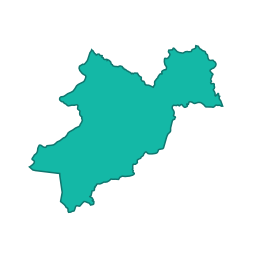 Song Hinh, Phú Yên, Vietnam, rotated 283°
{"feature_id": "81297802B28811761284346", "entity_name": "Song Hinh", "entity_type": "district", "adm_level": 2, "iso_a3": "VNM", "parent_name": "Vietnam", "parent_adm1": "Phú Yên", "projection": "albers", "projection_center": [108.948, 12.905], "detail": "fine", "context": "isolated", "style": "filled", "palette": "teal", "viewbox_px": 256, "rotation_deg": 283, "n_neighbors": 0, "source": "geoboundaries", "source_scale": "gbopen_adm2", "svg_char_len": 5865}
<svg xmlns="http://www.w3.org/2000/svg" viewBox="0 0 256 256"><g transform="rotate(283 128 128)"><path d="M48.6,111.3L48.9,109.8L49.2,109.6L50.0,110.4L51.8,108.8L52.4,107.1L52.4,106.5L52.7,106.2L53.2,106.7L54.4,107.3L55.9,107.1L56.7,107.3L58.1,107.0L58.5,107.1L59.4,108.9L60.1,109.2L61.9,108.8L62.6,109.3L63.2,108.9L64.7,110.0L66.0,110.1L66.4,110.5L66.9,111.7L67.2,113.2L68.2,114.8L69.8,116.5L70.2,118.3L70.9,119.9L72.5,121.6L74.4,122.9L74.6,124.7L75.3,127.3L75.8,130.4L78.0,131.1L79.8,133.2L80.1,136.1L81.5,140.3L83.1,143.1L84.1,144.1L84.8,144.4L85.2,144.3L85.6,143.8L85.9,142.9L86.3,142.7L87.7,142.7L88.7,141.6L89.2,141.6L89.8,141.8L91.6,141.2L93.3,141.1L93.9,141.4L94.3,143.3L95.7,144.6L96.5,144.9L97.8,144.4L99.1,144.4L100.5,145.9L101.3,147.1L102.7,147.4L104.4,148.9L104.9,149.1L106.3,149.2L107.9,150.0L108.7,150.6L108.8,151.1L107.6,153.2L107.6,154.6L108.2,157.2L109.3,160.2L110.0,161.4L110.8,162.1L112.4,162.5L113.4,162.5L113.8,162.8L114.3,163.5L115.6,166.5L116.6,167.1L128.2,167.7L130.9,168.2L134.0,170.1L135.0,170.1L137.7,169.5L145.0,169.6L146.3,170.2L147.0,171.4L147.6,171.3L148.9,171.8L149.2,171.7L149.5,171.4L149.9,169.9L150.3,169.5L152.2,169.7L153.4,169.5L154.2,169.2L155.3,168.4L156.5,167.1L157.5,166.5L158.6,166.4L159.4,166.6L160.4,167.2L160.8,170.3L161.5,170.9L161.7,171.5L161.2,172.6L161.2,173.3L162.3,173.8L162.9,174.7L162.8,175.4L161.3,177.4L160.9,178.5L161.2,179.4L162.2,180.6L162.8,180.9L163.1,180.9L164.2,180.0L164.7,180.1L164.6,181.3L164.7,181.5L166.9,181.6L167.5,182.4L167.6,183.6L167.5,184.9L167.1,185.7L166.8,187.0L167.1,187.9L168.7,190.5L169.1,192.5L169.0,193.8L167.8,196.5L166.2,198.7L166.1,199.3L167.2,204.4L167.4,206.3L167.8,206.9L169.9,208.4L170.2,208.9L170.2,210.4L170.8,212.0L170.3,214.3L170.6,215.3L175.1,212.4L175.6,212.0L176.2,211.2L177.1,210.3L178.3,210.0L179.5,210.2L179.8,208.9L181.6,208.6L181.9,208.0L179.2,206.4L178.9,206.0L179.1,205.6L181.4,205.0L182.9,204.0L183.9,202.9L184.5,202.5L185.1,202.7L185.9,203.1L187.0,203.2L187.5,203.1L188.3,202.4L189.1,202.4L190.0,202.2L190.3,202.0L190.5,201.5L190.4,200.8L189.8,199.2L189.9,198.9L190.7,198.3L191.1,198.4L191.8,198.8L192.4,198.8L193.5,197.8L194.8,197.7L196.9,198.2L198.0,197.9L198.8,198.6L199.4,198.7L200.1,198.1L200.5,196.8L201.2,196.2L201.9,195.2L202.6,195.0L203.2,195.2L204.8,196.6L205.7,198.0L207.9,199.3L208.4,199.4L209.5,199.5L210.7,199.1L212.0,197.8L212.4,196.5L213.1,195.8L213.1,195.3L212.3,192.9L212.4,192.1L212.6,191.6L213.2,190.9L214.2,190.2L217.0,189.0L217.4,188.5L218.1,187.0L219.5,186.3L219.9,185.7L220.0,185.2L220.2,183.1L221.0,181.8L221.3,180.4L222.3,179.1L223.4,178.1L223.5,175.6L222.4,175.6L221.9,176.0L221.1,175.8L220.3,175.1L218.8,172.8L216.9,172.5L216.6,172.0L215.9,170.0L215.9,168.6L215.2,166.7L214.2,165.7L213.3,164.6L213.1,160.9L213.5,158.7L215.7,155.4L216.0,154.9L216.0,154.5L216.0,154.2L215.7,154.0L214.3,153.8L214.1,153.4L213.0,150.2L211.5,150.2L211.0,150.5L209.7,152.0L209.3,152.2L208.9,152.4L207.4,152.2L205.5,151.4L204.9,150.9L204.5,150.4L204.3,149.7L204.3,148.4L203.9,148.1L203.0,148.1L200.7,148.5L198.5,149.5L197.7,150.1L196.3,151.7L195.8,151.9L193.8,152.0L193.4,151.8L192.8,150.2L191.5,148.8L190.8,148.3L190.1,148.3L188.5,149.0L188.3,148.9L188.1,147.5L187.8,147.1L186.5,146.4L184.6,145.7L183.7,145.8L182.6,145.0L179.5,143.6L178.7,143.6L176.4,144.2L175.7,144.2L174.9,143.7L173.5,143.6L173.3,143.4L173.7,142.1L174.3,139.0L174.3,137.8L174.0,137.0L174.0,135.5L174.4,135.3L174.5,134.6L175.6,134.2L177.0,133.0L177.1,132.4L176.8,131.7L176.9,131.3L177.8,130.4L178.3,129.7L179.5,129.8L180.5,129.5L180.8,128.3L181.6,126.6L182.6,125.8L182.8,125.3L183.5,124.9L183.1,122.4L182.7,121.5L182.0,120.9L182.3,119.9L181.7,119.2L182.2,118.5L182.7,117.4L182.9,116.3L183.2,115.8L183.4,114.5L184.4,112.5L184.5,112.1L184.2,111.4L184.3,111.1L185.0,110.7L185.4,110.2L185.4,109.3L186.1,109.0L186.6,108.3L186.7,106.2L186.2,105.8L186.0,105.1L185.6,104.9L185.4,104.5L185.4,103.5L185.0,101.3L185.1,99.7L185.5,99.0L186.2,98.5L186.4,97.6L186.7,97.2L188.4,96.3L189.5,94.7L189.9,93.2L189.3,92.8L189.1,92.5L189.8,92.3L190.1,92.1L190.1,91.8L189.5,90.1L189.5,89.1L190.9,87.9L190.9,86.8L192.7,86.5L192.7,86.3L192.4,85.1L192.4,84.4L193.3,83.6L193.4,83.4L193.4,82.6L193.1,81.8L192.1,81.0L192.0,80.5L192.8,79.7L193.0,78.9L193.2,78.5L194.0,77.9L194.4,77.3L195.3,76.6L195.5,75.8L196.1,75.0L194.3,74.7L192.8,74.0L185.6,73.4L184.2,73.1L182.0,72.1L180.3,71.1L180.0,70.5L180.0,69.6L177.4,66.9L176.4,66.8L175.2,66.9L173.2,68.1L171.0,70.9L170.4,72.1L169.7,74.4L169.3,75.0L168.5,75.4L167.3,75.4L166.0,75.3L163.9,74.8L162.8,74.0L159.3,69.8L157.5,68.4L154.5,67.5L151.6,66.2L150.0,64.5L147.9,61.6L144.9,58.9L144.1,57.9L143.3,55.7L142.7,55.2L142.0,54.8L140.8,54.8L139.9,55.3L139.0,56.8L138.8,57.4L138.8,59.1L137.8,60.2L137.4,62.0L136.4,63.7L136.1,64.7L136.2,65.2L137.6,68.1L138.1,70.6L139.1,72.6L139.0,73.5L138.7,74.0L138.2,74.3L136.2,74.4L135.4,74.6L135.0,74.9L134.3,76.4L133.7,77.3L133.3,77.4L131.7,77.5L130.3,78.0L129.6,78.5L129.1,79.2L128.5,80.5L127.1,80.7L125.2,81.8L123.1,81.5L120.6,80.6L119.8,80.6L119.1,80.4L118.5,80.0L116.1,76.8L113.9,74.9L111.1,71.8L109.6,70.7L107.6,70.2L105.7,69.3L104.6,68.6L104.1,68.0L103.9,67.4L100.2,64.4L98.6,62.2L96.4,60.7L94.9,59.4L93.9,57.1L92.6,53.3L92.2,52.8L91.0,52.5L90.5,51.7L90.4,50.0L91.6,47.0L91.5,45.9L91.3,45.5L91.0,45.3L88.0,44.7L85.1,45.0L83.6,44.8L82.4,44.3L80.5,42.8L79.3,42.5L76.8,41.5L76.1,41.5L75.7,41.8L75.1,43.5L74.5,44.2L73.6,44.4L72.6,44.3L71.8,43.9L70.8,43.3L68.5,41.4L67.9,40.7L65.7,44.7L65.7,47.4L68.3,71.7L65.9,72.4L50.4,78.4L41.3,78.8L41.0,79.1L40.5,80.3L39.0,83.2L38.0,84.5L36.7,85.6L36.5,86.1L36.6,86.5L36.1,87.4L35.3,87.8L33.3,88.4L32.5,89.1L33.0,90.7L33.3,91.3L34.4,92.5L34.9,93.9L35.4,94.2L36.5,94.4L39.5,94.6L40.1,94.9L40.8,95.5L40.9,98.2L41.2,98.7L44.7,100.5L46.5,101.7L46.6,103.5L46.3,105.0L46.1,106.7L45.9,107.4L44.5,108.9L45.6,111.1L46.2,111.6L47.2,111.6L48.6,111.3Z" fill="#14b8a6" stroke="#0f766e" stroke-width="1.5"/></g></svg>